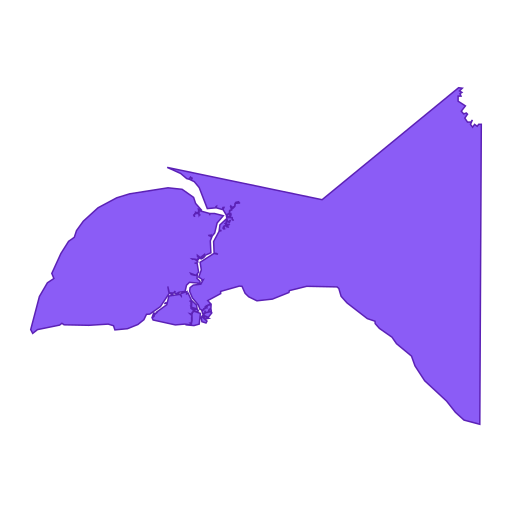 outline of Merauke, Papua, Indonesia
{"feature_id": "22746128B65756496772256", "entity_name": "Merauke", "entity_type": "district", "adm_level": 2, "iso_a3": "IDN", "parent_name": "Indonesia", "parent_adm1": "Papua", "projection": "albers", "projection_center": [139.088, -7.869], "detail": "fine", "context": "isolated", "style": "filled", "palette": "violet", "viewbox_px": 512, "rotation_deg": 0, "n_neighbors": 0, "source": "geoboundaries", "source_scale": "gbopen_adm2", "svg_char_len": 6063}
<svg xmlns="http://www.w3.org/2000/svg" viewBox="0 0 512 512"><path d="M458.6,87.7L322.1,199.7L167.2,167.4L180.7,173.5L186.7,178.6L189.0,179.2L190.5,177.1L191.5,177.9L191.8,178.6L191.9,178.2L192.3,177.5L192.0,178.6L191.8,178.7L190.6,177.2L189.2,179.2L194.3,181.7L199.2,187.6L207.3,208.6L216.1,207.8L215.9,206.7L216.5,206.3L216.2,207.8L223.0,209.7L222.7,208.9L222.9,207.5L223.0,207.4L223.5,207.4L223.8,207.7L223.9,207.4L224.0,207.4L223.0,209.5L226.3,215.0L229.3,213.2L229.6,210.5L231.6,209.7L230.5,206.4L230.8,205.9L232.3,207.8L232.7,207.1L234.7,206.4L235.0,203.5L235.9,202.3L239.2,201.6L237.7,202.6L240.1,203.0L235.4,203.3L234.8,206.5L232.8,208.4L231.3,207.6L231.8,209.9L229.7,211.0L229.5,214.0L230.5,214.6L230.7,213.7L230.9,213.8L230.9,214.1L231.1,214.1L230.9,214.1L230.8,213.8L230.7,213.9L230.9,215.3L229.5,216.7L232.2,217.7L232.3,219.3L233.2,220.0L233.4,220.7L232.3,219.3L232.1,217.6L229.9,217.7L229.4,216.6L229.4,216.1L230.8,214.9L229.6,214.3L229.3,213.7L226.7,215.2L226.7,216.0L227.9,216.6L228.1,216.9L228.1,217.2L226.7,216.1L226.3,215.5L227.5,221.4L229.1,221.5L229.7,220.6L230.3,220.5L229.1,223.1L229.1,221.6L226.3,222.0L227.0,225.6L227.2,225.0L227.4,224.7L228.7,224.4L228.9,224.4L229.1,224.6L226.6,225.8L227.8,226.6L228.2,227.0L228.3,227.1L228.2,227.2L225.2,225.7L224.4,226.2L223.8,226.4L224.6,228.8L224.0,228.9L224.0,228.5L223.2,228.5L223.0,228.1L223.7,226.3L225.2,225.5L226.8,225.5L225.2,223.6L226.1,223.5L226.0,222.0L227.1,221.1L225.8,219.4L219.9,224.9L219.1,231.0L220.7,230.3L221.2,230.6L221.6,230.5L219.1,231.3L213.6,241.5L214.1,253.2L216.6,253.5L217.9,254.3L214.0,253.4L200.1,262.3L201.3,269.9L198.7,277.1L201.9,279.3L201.9,281.2L202.1,280.8L202.0,280.4L202.2,280.1L202.7,280.2L203.0,279.8L203.3,279.7L200.8,284.2L193.3,285.1L190.1,287.6L189.6,291.2L192.4,297.9L198.3,304.8L199.9,309.2L202.6,310.3L203.1,310.1L203.7,309.0L205.0,307.8L206.5,307.8L204.8,306.2L206.8,307.3L206.6,305.8L207.1,306.0L207.2,305.7L207.7,305.2L210.7,303.7L207.7,300.6L220.7,293.6L220.6,291.4L239.3,286.1L242.0,286.3L245.1,293.3L248.7,296.8L256.9,300.8L272.4,299.1L288.9,292.5L289.4,290.6L306.7,286.3L337.0,286.9L338.8,288.4L341.1,296.3L347.0,302.9L367.3,318.6L375.0,321.2L375.2,323.6L379.4,328.4L392.0,337.2L396.5,343.7L411.5,356.1L415.0,365.9L424.7,380.8L446.5,401.0L455.5,412.4L464.0,420.1L479.8,424.3L481.3,124.3L478.7,124.3L477.2,126.3L474.6,124.4L472.6,127.2L470.5,124.4L472.4,119.9L470.9,122.1L467.5,122.1L464.8,118.1L467.5,114.2L466.3,113.0L463.7,113.9L461.3,111.2L465.4,105.9L458.1,101.2L458.1,96.1L461.0,96.1L460.0,93.6L461.9,92.4L459.5,90.9L462.3,88.2L458.6,87.7ZM168.0,187.8L129.7,193.8L116.7,197.8L98.0,207.8L83.3,221.2L76.5,230.6L74.3,237.3L68.6,241.3L60.9,253.5L51.8,273.4L53.9,278.5L47.4,282.8L39.4,296.5L30.7,329.6L32.7,333.4L37.5,329.6L59.6,325.1L61.9,323.3L64.1,324.8L88.8,325.3L108.2,324.1L113.5,325.7L114.9,329.9L127.5,328.7L137.9,324.5L143.9,319.7L146.5,314.3L149.8,314.1L160.4,306.6L169.4,293.0L168.8,292.2L167.8,286.4L169.2,292.8L174.0,293.0L173.9,292.7L174.7,291.5L175.0,291.6L174.9,291.5L175.0,291.6L174.0,292.8L176.5,293.7L179.0,292.2L185.1,291.4L186.5,285.2L189.5,282.3L200.0,283.3L200.0,281.3L197.0,278.5L197.3,274.8L196.0,275.4L194.1,275.2L191.2,274.4L190.6,273.3L196.0,275.3L198.6,272.1L197.1,263.1L194.5,263.2L197.0,263.0L197.8,259.2L197.2,259.6L197.4,260.7L197.1,260.8L195.8,260.0L195.3,259.3L194.8,259.4L193.4,259.1L192.5,259.3L192.0,258.9L195.3,259.2L197.3,260.7L197.0,260.0L197.4,259.0L197.8,259.0L198.0,259.8L199.5,257.7L200.1,257.6L198.5,257.4L197.5,256.6L197.4,255.3L200.1,257.4L200.1,257.7L199.9,257.8L199.4,257.8L199.6,258.2L204.1,254.7L203.8,255.9L210.9,252.8L210.3,240.9L212.2,236.1L211.2,236.6L211.1,235.4L210.4,236.2L210.0,236.0L210.2,235.2L209.9,235.7L209.0,235.6L208.9,235.4L210.2,235.2L210.3,235.6L210.0,235.9L210.2,236.1L211.1,235.3L212.3,235.9L214.7,233.0L217.1,223.0L223.3,215.7L214.6,213.5L209.9,213.5L209.6,215.3L209.7,213.5L199.6,210.7L198.6,209.3L199.1,212.2L198.0,213.4L198.7,213.3L199.1,213.8L199.2,215.2L199.5,214.7L199.8,214.8L199.8,215.0L199.1,215.3L198.6,213.4L197.9,213.5L196.7,213.3L195.8,212.6L195.9,213.2L194.9,213.6L194.9,214.5L194.7,214.7L194.0,214.8L193.8,215.1L194.6,216.6L194.6,216.8L193.7,215.1L194.1,214.7L194.8,214.5L194.8,213.7L195.7,212.6L198.9,212.3L198.4,209.1L201.8,210.5L195.6,203.4L193.6,197.4L182.1,189.3L168.0,187.8ZM186.5,293.6L187.0,291.6L181.0,293.6L180.1,294.6L180.6,294.8L181.3,295.9L181.3,296.1L180.0,294.6L180.1,294.3L168.9,296.0L166.8,304.7L156.6,312.1L156.6,312.6L156.4,313.0L154.5,314.6L154.0,316.4L152.1,317.8L153.1,320.0L175.3,324.9L184.7,324.1L190.3,324.8L190.4,323.3L191.7,321.8L191.5,321.0L192.0,320.1L191.6,319.5L191.6,317.3L192.0,315.7L189.9,313.7L191.9,314.1L192.2,313.9L192.2,313.5L192.0,312.9L192.0,312.7L192.3,312.2L193.1,311.6L194.4,311.2L191.0,308.2L191.0,301.5L189.4,300.9L191.0,301.4L191.2,299.8L188.1,293.1L187.1,293.6L186.6,293.7L186.6,294.2L186.4,294.6L186.5,293.6ZM200.4,313.4L194.4,311.3L192.2,312.5L192.3,313.9L191.4,314.6L192.0,315.6L192.1,320.2L191.4,323.6L190.5,323.4L191.2,324.2L190.2,324.9L185.5,324.8L194.0,325.6L199.2,324.1L200.4,313.4ZM211.1,304.7L207.8,305.3L206.5,307.9L204.6,308.5L205.4,309.0L204.4,308.6L202.9,310.4L201.7,310.4L202.8,313.8L205.1,312.9L204.9,311.7L205.1,310.6L205.2,312.9L208.9,311.7L208.7,310.2L209.4,309.4L210.0,308.9L210.9,308.4L211.1,304.7ZM210.3,311.7L205.6,312.8L203.1,315.1L208.3,317.3L211.8,312.9L210.3,311.7ZM191.5,307.3L197.1,308.9L196.6,305.2L191.8,300.6L191.5,307.3ZM207.0,321.1L201.8,316.6L201.1,317.3L201.9,321.7L206.0,323.0L207.0,321.1ZM197.3,309.2L192.5,309.3L196.4,311.9L198.5,310.9L197.3,309.2ZM156.1,313.2L153.6,313.2L152.3,316.9L153.8,316.4L154.5,314.4L156.1,313.2ZM208.8,318.3L202.7,315.4L202.4,315.7L205.3,319.0L208.8,318.3ZM211.3,311.3L210.9,308.5L208.8,310.2L209.1,311.8L211.3,311.3ZM173.0,295.2L172.7,293.8L170.8,294.0L171.6,294.8L173.0,295.2ZM200.6,259.2L203.4,257.8L203.9,257.3L201.6,257.8L200.6,259.2ZM164.3,303.7L166.1,303.2L165.9,302.7L164.3,303.7ZM191.7,308.7L192.8,308.9L191.3,307.6L191.7,308.7ZM177.7,293.7L179.2,292.8L179.4,292.6L177.7,293.7Z" fill="#8b5cf6" stroke="#5b21b6" stroke-width="1.5"/></svg>